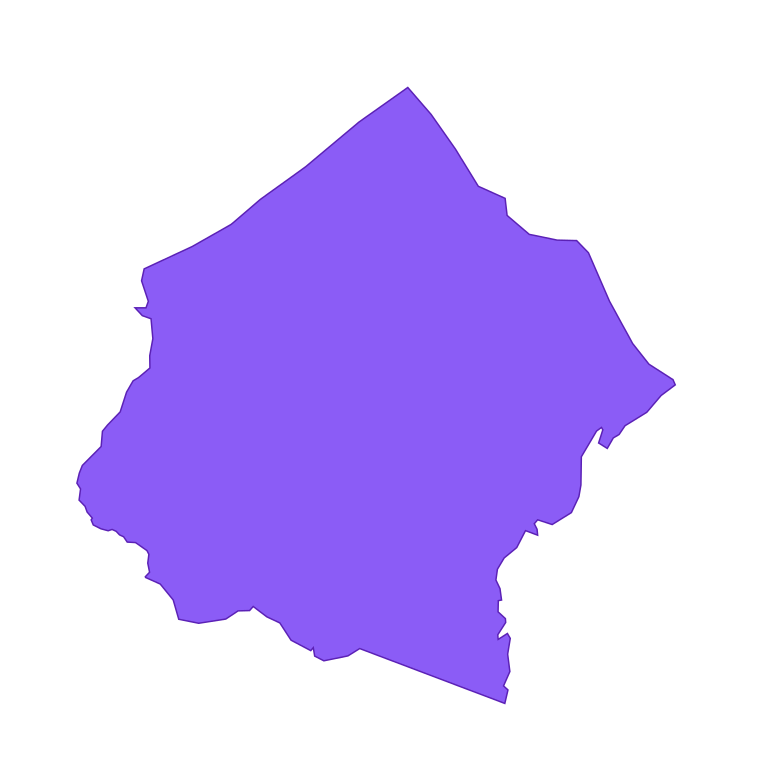 outline of Santa Isabel, Puerto Rico, rotated 189°
{"feature_id": "32010507B73228350773325", "entity_name": "Santa Isabel", "entity_type": "district", "adm_level": 2, "iso_a3": "PRI", "parent_name": "Puerto Rico", "parent_adm1": "", "projection": "natural_earth1", "projection_center": [-66.389, 17.99], "detail": "fine", "context": "isolated", "style": "filled", "palette": "violet", "viewbox_px": 768, "rotation_deg": 189, "n_neighbors": 0, "source": "geoboundaries", "source_scale": "gbopen_adm2", "svg_char_len": 1907}
<svg xmlns="http://www.w3.org/2000/svg" viewBox="0 0 768 768"><g transform="rotate(189 384 384)"><path d="M214.7,87.4L213.7,101.2L218.7,104.5L214.7,119.7L219.6,136.5L219.5,152.5L223.1,156.9L231.3,149.6L232.4,154.1L226.5,167.5L227.4,171.3L235.7,176.8L237.2,187.9L234.1,189.0L237.4,200.0L242.8,207.9L243.0,218.8L238.1,231.0L227.3,243.2L221.3,261.3L208.6,258.7L210.1,264.5L213.7,269.5L211.0,273.9L195.9,271.5L178.8,286.3L173.9,303.2L173.7,315.0L177.7,343.0L166.7,370.8L162.4,375.1L160.7,373.0L162.8,359.3L153.4,355.3L149.1,366.6L143.9,370.9L139.4,380.5L120.0,397.2L108.5,416.0L96.2,428.7L99.3,433.6L101.1,434.3L125.4,445.0L138.4,457.0L144.7,462.8L145.1,463.3L149.6,469.2L158.4,480.5L168.0,493.0L174.2,501.0L202.6,545.6L216.2,555.8L216.7,555.7L235.5,553.2L258.4,554.3L263.9,554.5L287.1,568.7L288.8,569.8L291.6,579.8L291.9,580.8L292.9,584.5L293.4,586.3L321.7,594.0L322.2,594.5L342.3,618.0L343.1,618.8L344.8,620.9L350.1,627.1L379.6,657.6L406.9,680.6L429.3,658.7L440.8,647.5L443.9,644.5L450.0,638.5L451.0,637.3L482.1,601.6L495.4,586.3L512.9,568.9L528.0,554.0L535.1,546.9L537.3,544.3L558.3,519.6L560.1,517.6L576.5,504.5L595.2,489.6L609.2,480.2L638.9,460.2L639.6,448.0L629.7,428.8L631.0,422.0L641.8,420.3L633.4,413.7L624.3,412.0L619.4,392.6L619.8,375.3L617.7,363.2L627.5,351.9L632.3,347.9L637.0,335.7L640.2,315.2L650.6,300.3L654.7,293.3L653.6,278.0L669.2,256.4L671.0,248.3L671.8,238.0L667.3,232.9L667.0,221.6L660.1,216.4L657.2,211.1L651.1,205.9L652.0,204.0L649.1,199.3L641.0,196.7L633.5,195.9L629.8,197.8L625.5,196.6L621.6,193.6L617.3,192.4L612.9,187.7L604.6,188.5L592.1,182.4L589.6,179.0L589.3,170.1L586.1,161.4L589.6,156.3L589.2,155.6L573.7,151.4L558.4,137.7L549.9,119.5L529.6,118.7L503.5,127.1L492.6,137.1L481.3,139.2L478.4,143.8L463.3,135.7L449.5,131.7L435.7,116.4L414.6,109.2L412.6,112.5L409.9,104.4L400.1,101.2L377.1,109.8L366.6,118.9L214.7,87.4Z" fill="#8b5cf6" stroke="#5b21b6" stroke-width="1.5"/></g></svg>